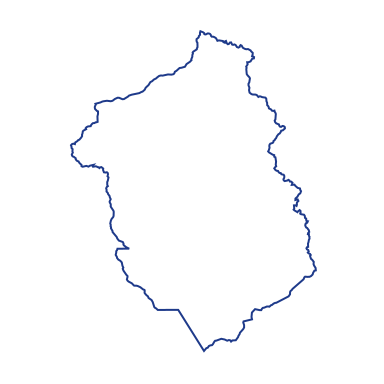 Figueirão, Mato Grosso do Sul, Brazil, rotated 85°
{"feature_id": "56859067B26103695718582", "entity_name": "Figueirão", "entity_type": "district", "adm_level": 2, "iso_a3": "BRA", "parent_name": "Brazil", "parent_adm1": "Mato Grosso do Sul", "projection": "robinson", "projection_center": [-53.923, -18.769], "detail": "fine", "context": "isolated", "style": "outline", "palette": "blue", "viewbox_px": 384, "rotation_deg": 85, "n_neighbors": 0, "source": "geoboundaries", "source_scale": "gbopen_adm2", "svg_char_len": 5915}
<svg xmlns="http://www.w3.org/2000/svg" viewBox="0 0 384 384"><g transform="rotate(85 192 192)"><path d="M128.0,103.4L127.0,102.6L121.6,101.7L120.4,102.0L119.3,102.6L118.1,102.8L118.3,104.0L118.0,105.2L116.6,106.1L115.4,108.1L114.1,108.2L113.1,108.6L112.1,109.5L109.5,109.4L108.2,109.9L105.5,109.9L104.4,110.6L103.6,113.9L102.8,115.3L102.6,116.4L103.1,117.6L101.2,118.9L100.5,120.1L100.2,122.9L99.7,124.2L98.0,126.0L95.4,126.3L93.2,125.7L90.7,126.4L89.1,126.3L87.8,125.4L83.9,124.4L82.9,124.7L80.6,126.5L79.3,127.2L74.2,127.2L73.1,126.8L71.8,127.1L69.8,125.5L67.6,125.7L67.7,124.6L67.0,122.3L64.5,120.4L64.3,118.7L63.0,118.4L62.3,119.3L62.0,120.3L59.9,119.5L58.6,119.4L57.1,120.8L56.1,121.3L54.5,123.7L54.5,125.6L53.9,127.1L52.7,128.8L50.5,129.8L49.9,130.8L50.7,131.6L51.6,131.8L52.2,133.2L51.5,134.6L49.3,135.8L48.7,136.9L49.0,138.2L48.6,139.2L46.4,140.0L46.4,141.2L47.8,142.5L47.9,143.5L46.8,144.4L44.5,145.0L44.9,146.1L46.1,146.4L45.4,147.7L44.3,148.0L43.3,152.0L43.6,153.5L41.0,154.6L39.8,156.0L39.1,157.4L39.0,158.8L38.0,159.5L37.1,159.6L36.1,160.3L35.5,161.5L35.4,162.7L36.1,164.1L36.2,165.2L35.7,166.0L34.8,166.0L33.9,167.0L32.6,169.6L34.1,170.2L36.1,170.3L37.3,171.6L38.6,171.9L40.1,174.1L41.2,174.3L42.7,174.2L43.7,173.6L47.2,173.8L48.5,174.0L49.2,174.6L50.3,174.8L52.3,178.5L53.1,179.2L54.2,179.0L55.5,179.7L57.3,179.9L59.8,181.2L60.6,181.0L62.1,182.7L64.1,186.3L66.6,188.1L67.3,191.6L67.4,193.6L69.9,196.9L70.7,198.6L72.1,199.2L73.0,200.1L73.3,202.2L72.8,205.7L73.5,211.1L73.2,212.8L73.5,214.6L74.8,216.7L75.7,217.8L76.7,220.3L78.1,222.0L78.9,223.9L81.7,226.0L84.0,229.0L86.0,230.2L87.7,232.5L87.9,233.6L88.9,235.9L89.8,243.6L90.5,246.4L91.4,247.5L93.5,251.7L93.5,253.2L91.8,256.4L91.6,257.9L92.6,260.7L94.2,263.2L94.5,265.0L93.7,268.8L93.9,272.2L94.1,273.5L94.8,275.4L95.7,280.5L96.5,280.2L98.4,281.3L99.6,281.5L100.9,281.3L103.0,279.6L103.5,278.6L106.0,278.8L108.4,279.6L113.9,279.9L114.2,281.0L114.2,282.0L114.8,283.1L114.8,284.7L115.6,285.8L116.7,286.8L117.6,287.2L117.6,289.8L118.2,291.4L119.2,292.4L120.2,292.0L121.4,294.8L122.1,295.5L124.2,296.0L125.4,296.6L126.7,296.6L128.1,297.6L130.1,299.7L130.4,300.9L131.2,301.6L132.5,304.0L134.1,304.5L133.5,305.9L133.8,307.3L134.9,308.5L136.3,308.1L137.8,308.1L138.9,307.2L141.2,307.6L142.3,307.3L144.2,308.5L145.3,308.3L146.1,307.8L146.7,306.6L148.3,304.9L149.2,305.0L150.3,304.4L151.2,303.5L151.6,302.4L153.3,301.6L155.4,299.7L156.7,299.8L157.3,298.7L156.8,295.0L157.7,292.9L156.9,291.4L156.4,287.9L157.2,288.8L158.2,288.4L158.0,285.7L158.3,284.8L159.0,283.9L159.2,282.8L160.1,282.2L159.4,281.1L159.3,280.1L160.9,278.4L162.2,278.7L164.7,278.0L165.1,276.4L164.9,275.1L165.7,274.3L166.9,274.1L169.0,274.8L170.2,273.9L173.4,274.9L174.7,275.6L177.6,275.8L178.8,275.3L179.5,276.4L180.8,277.2L182.4,276.9L184.1,277.1L185.5,276.0L186.9,275.7L188.7,274.5L190.3,274.3L192.0,273.6L194.3,274.9L195.5,274.8L196.5,274.2L197.9,274.0L199.0,274.3L200.0,274.0L203.8,271.9L204.9,271.7L209.0,272.2L210.1,272.7L211.8,274.4L213.4,275.3L216.3,276.2L217.7,275.8L219.0,276.1L220.0,275.7L221.1,275.9L223.8,274.6L225.0,274.6L230.3,270.9L231.8,270.5L234.0,269.1L235.8,265.3L237.4,264.7L238.4,264.9L239.2,264.5L241.3,262.3L243.0,259.5L242.0,271.2L243.3,271.7L244.3,272.6L245.9,272.8L248.0,273.5L250.1,272.5L251.2,272.4L252.9,271.3L254.3,269.4L256.0,268.1L259.5,267.7L261.4,267.0L262.4,267.7L264.4,267.1L268.8,264.6L270.0,263.6L270.9,263.6L273.4,264.5L274.6,264.0L275.7,263.0L277.7,259.9L280.1,258.0L280.4,257.0L280.4,255.9L280.9,254.3L282.4,251.7L284.7,249.3L285.4,247.9L286.4,247.7L287.7,248.0L288.7,247.9L290.9,246.3L292.1,245.0L293.8,244.5L296.1,241.7L298.3,240.7L303.3,239.6L304.1,239.0L304.8,237.9L306.5,236.4L308.2,216.0L351.4,193.9L348.8,191.3L348.5,189.9L346.9,188.6L346.4,187.1L346.3,185.4L345.5,184.5L342.9,182.7L342.2,181.9L342.2,180.8L340.8,175.6L341.8,172.3L343.2,169.9L342.7,168.1L343.2,166.7L344.4,166.1L343.4,164.7L343.5,161.3L340.5,158.7L339.4,158.3L337.8,157.0L336.4,156.5L333.0,152.9L331.5,151.9L329.1,151.7L326.5,152.3L325.4,151.9L324.1,143.3L321.7,143.6L317.3,142.8L314.2,139.4L315.6,134.8L315.7,133.3L314.4,132.5L313.6,131.5L313.5,130.1L312.6,127.4L312.7,126.0L313.0,124.9L311.7,123.2L311.4,122.0L310.3,120.5L309.7,118.8L309.7,117.7L304.4,104.9L302.5,103.3L300.2,103.0L299.2,102.4L298.3,101.1L297.3,100.3L288.7,88.5L286.8,87.5L286.2,86.7L286.6,84.4L286.7,82.2L286.1,80.7L284.7,79.0L283.1,78.4L281.1,77.0L280.9,75.5L278.4,75.5L275.9,76.8L274.4,77.2L272.2,76.8L270.0,78.2L268.9,79.3L265.9,80.0L265.1,79.2L264.0,79.8L263.3,81.2L262.4,81.9L261.4,80.9L259.9,81.3L259.1,82.5L258.0,82.9L257.0,82.2L256.8,81.1L253.3,80.9L252.4,80.4L249.8,79.7L248.8,79.0L247.9,79.1L246.9,78.8L245.7,79.4L244.2,79.2L244.0,80.2L243.0,79.9L242.0,78.7L240.2,79.0L237.9,80.4L237.3,81.3L236.3,81.8L235.0,82.1L233.7,81.7L232.5,79.8L231.5,79.3L231.6,80.4L230.7,80.1L229.9,80.7L228.4,80.6L227.6,81.7L225.7,81.7L224.4,82.4L223.6,85.4L223.0,86.1L221.8,85.6L220.2,85.6L219.4,86.4L220.6,88.2L221.3,88.7L219.2,91.6L218.4,92.3L217.5,91.6L214.2,91.6L214.3,90.1L215.0,89.1L213.9,88.6L212.7,88.6L211.5,88.3L210.2,86.8L208.6,87.4L209.0,89.7L207.5,89.5L205.9,87.4L203.7,85.9L202.8,84.3L200.7,83.3L199.3,84.0L197.9,84.1L197.1,86.4L194.9,88.5L193.6,89.3L193.6,92.0L191.5,91.1L190.3,92.3L190.1,93.6L189.0,94.0L188.3,94.9L188.9,96.1L189.2,98.7L188.4,99.6L187.2,99.8L186.1,99.0L185.0,98.7L183.8,98.7L182.8,99.2L182.1,101.4L180.9,101.9L180.6,103.2L179.7,104.0L178.5,104.5L178.2,105.9L177.3,107.0L175.6,108.0L174.5,107.0L173.7,105.9L172.2,106.2L169.0,105.6L164.7,105.9L164.0,107.0L162.4,106.9L161.9,108.3L159.2,111.9L158.2,112.6L157.2,111.9L154.7,110.9L152.9,111.0L151.6,110.6L150.7,109.8L150.1,107.3L149.3,106.6L148.2,106.3L147.5,105.1L146.4,104.4L145.8,103.6L143.9,102.6L142.0,100.9L141.4,99.6L140.1,98.5L138.7,97.8L138.5,96.2L136.8,93.9L135.4,93.9L134.4,94.9L134.1,96.1L134.9,97.6L134.6,98.6L133.5,99.3L132.3,99.5L130.9,102.2L129.4,103.2L128.0,103.4Z" fill="none" stroke="#1e3a8a" stroke-width="2"/></g></svg>